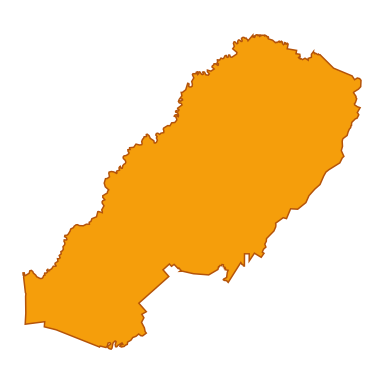 Manawatu District, Manawatu-Wanganui, New Zealand
{"feature_id": "76426892B10896556014", "entity_name": "Manawatu District", "entity_type": "district", "adm_level": 2, "iso_a3": "NZL", "parent_name": "New Zealand", "parent_adm1": "Manawatu-Wanganui", "projection": "mercator", "projection_center": [175.693, -40.12], "detail": "fine", "context": "isolated", "style": "filled", "palette": "amber", "viewbox_px": 384, "rotation_deg": 0, "n_neighbors": 0, "source": "geoboundaries", "source_scale": "gbopen_adm2", "svg_char_len": 5872}
<svg xmlns="http://www.w3.org/2000/svg" viewBox="0 0 384 384"><path d="M357.3,78.0L354.6,79.7L352.1,75.9L333.6,68.2L320.0,54.7L319.0,54.8L318.5,54.1L317.8,54.6L315.7,53.3L314.9,53.7L314.5,52.8L313.4,52.7L313.5,51.5L311.4,54.3L311.4,57.3L308.2,58.4L308.2,60.2L305.0,58.2L302.6,59.6L300.9,58.6L300.3,59.0L299.9,57.8L299.1,58.2L298.7,57.6L299.3,57.5L299.3,56.8L300.1,56.4L299.8,54.3L296.0,53.7L296.6,50.4L287.2,48.8L288.1,44.1L287.3,43.3L286.2,44.2L285.4,43.5L285.6,42.9L284.8,42.6L284.4,44.0L283.5,44.7L282.4,43.4L282.6,42.3L281.4,41.3L280.8,42.1L279.6,41.2L279.0,41.3L279.1,41.9L278.5,41.6L276.9,42.6L276.1,42.2L275.4,42.7L272.6,40.2L268.3,38.8L268.0,38.0L268.5,37.3L268.1,36.7L266.4,36.5L266.4,35.9L265.1,35.2L264.5,35.1L264.4,35.7L263.9,35.3L261.6,35.2L261.2,35.6L260.8,35.2L260.4,35.7L260.4,35.1L259.8,35.0L259.3,35.9L258.7,35.1L258.0,35.6L257.6,34.9L256.2,34.8L255.1,35.8L255.1,36.7L254.3,37.4L253.9,37.2L254.2,36.1L253.0,36.7L252.9,35.0L248.0,40.8L247.5,39.6L246.1,38.5L246.0,38.0L244.8,38.2L244.2,37.5L243.0,37.3L241.5,38.3L242.2,40.9L241.8,41.5L240.9,41.4L239.7,40.1L238.5,40.0L237.7,41.3L237.8,43.3L236.9,43.8L234.8,41.8L234.1,41.8L233.4,43.3L234.3,46.4L232.7,48.8L236.9,52.4L236.6,54.1L231.8,57.3L230.4,56.9L229.7,55.1L228.6,55.1L228.0,57.3L227.4,57.4L226.6,56.9L226.3,55.5L225.7,55.5L225.0,55.8L223.6,58.4L222.5,58.7L221.0,58.1L219.6,60.1L217.4,59.8L217.4,60.9L217.8,61.3L217.0,63.1L218.4,63.7L218.3,65.1L217.9,65.4L215.3,63.7L214.0,63.8L213.8,64.7L212.2,66.1L212.0,67.0L214.2,69.0L210.9,71.1L207.4,70.1L207.4,71.7L209.3,73.9L208.2,75.2L205.9,74.8L204.5,72.1L203.2,71.9L202.7,72.1L203.4,74.1L202.4,74.6L201.6,74.3L199.8,71.9L199.2,71.9L198.8,73.4L197.7,74.6L197.2,73.5L198.2,72.5L197.6,71.8L196.3,72.2L195.9,73.7L193.0,73.7L192.4,74.7L193.8,77.9L191.7,81.5L192.4,84.2L192.1,86.3L190.9,87.0L189.4,86.9L188.7,86.3L189.0,84.5L188.8,83.6L187.7,83.3L185.7,89.8L182.4,92.4L181.2,92.4L181.9,95.8L179.8,98.6L182.4,99.1L182.6,100.0L180.6,101.2L179.0,100.0L178.4,101.4L179.3,102.9L181.4,103.4L182.0,105.0L177.6,108.2L177.7,109.0L179.0,109.8L178.7,110.7L178.1,111.1L176.4,110.6L175.6,111.2L175.7,112.1L177.7,112.9L178.5,115.3L178.3,116.7L177.4,116.4L176.7,114.7L175.2,114.9L174.2,116.1L175.9,117.0L176.8,119.4L176.7,120.2L174.8,122.5L171.7,122.8L169.9,125.8L167.7,125.6L163.6,128.1L163.3,129.2L163.9,130.9L163.7,132.6L160.9,133.2L159.7,134.4L157.8,133.2L156.4,133.5L155.8,135.0L157.1,136.7L156.4,138.0L157.4,140.1L156.4,142.3L155.4,143.0L154.3,142.9L153.8,140.7L150.3,138.4L149.0,135.6L147.2,134.2L146.3,134.5L146.5,136.5L144.1,136.8L143.6,138.2L142.5,139.4L141.7,141.6L142.1,143.6L141.7,144.7L139.6,145.0L136.0,144.1L133.7,147.3L129.6,147.7L129.5,148.3L130.1,149.5L127.9,149.7L128.0,151.2L129.0,152.8L128.6,153.8L126.2,155.5L124.0,155.9L123.1,157.1L123.4,158.6L125.3,160.4L125.8,162.1L125.3,163.5L123.9,164.3L122.8,165.7L122.3,168.2L121.1,168.3L120.3,166.3L119.7,166.7L119.0,167.9L119.5,170.1L116.7,171.1L116.3,172.2L117.0,172.9L116.6,173.4L113.7,171.9L111.3,171.5L109.1,172.1L108.8,173.2L109.5,176.8L107.2,178.5L105.5,178.7L104.2,183.1L105.3,186.8L108.7,189.9L107.6,191.3L107.4,192.9L102.8,195.7L102.8,197.4L104.8,199.8L102.7,200.8L102.1,201.8L102.2,203.1L104.0,205.8L101.7,209.9L102.3,211.2L102.3,212.7L98.5,211.5L97.8,211.7L96.5,216.8L91.9,218.7L90.9,221.4L89.2,222.3L89.4,224.2L86.3,224.2L83.2,225.8L79.2,225.6L77.6,224.7L76.1,224.8L74.1,226.3L73.5,227.6L70.7,229.0L70.1,231.1L68.1,234.3L67.0,235.2L64.9,235.4L64.6,236.7L66.4,237.6L66.9,239.6L66.3,240.0L64.2,239.9L64.0,241.3L64.9,243.1L64.6,244.8L63.0,246.7L63.3,249.3L62.2,250.9L60.9,251.6L61.2,253.9L59.2,255.5L60.1,257.8L58.7,258.8L57.5,258.7L57.9,261.3L55.1,263.2L55.0,264.2L56.0,265.5L55.9,266.2L53.3,266.2L51.6,268.9L49.8,269.8L49.5,270.7L48.6,270.7L47.8,269.3L47.2,269.7L46.8,270.5L47.6,271.8L46.6,273.0L44.7,273.1L44.5,274.1L45.0,275.0L43.7,275.6L42.7,277.9L41.9,278.4L40.1,278.5L36.6,276.7L35.8,275.2L33.3,273.0L32.8,271.6L31.4,270.4L29.8,270.8L29.2,273.2L25.5,275.5L24.6,274.6L24.2,272.8L23.0,272.9L23.2,275.2L24.0,276.1L23.6,277.0L25.4,292.6L25.9,293.7L25.6,296.4L25.8,313.3L25.2,324.2L44.7,321.7L44.3,326.8L56.2,329.8L99.5,347.0L99.7,346.3L100.4,346.1L106.0,347.5L107.2,346.2L108.1,343.0L109.8,342.6L110.6,343.5L110.6,344.2L108.1,346.0L107.6,347.2L109.1,348.6L111.1,349.2L112.0,348.1L113.0,343.1L114.8,341.1L115.6,341.1L116.1,341.8L115.2,344.6L115.6,346.7L116.7,346.8L118.0,345.3L122.0,342.9L122.9,344.3L120.4,345.3L119.9,346.3L121.5,347.0L124.2,346.4L125.4,345.2L127.3,344.4L127.6,342.1L130.9,340.2L132.8,337.5L136.0,336.3L138.7,334.0L140.8,335.7L142.6,335.9L146.3,333.1L145.1,331.5L144.4,327.9L141.5,322.3L143.9,317.8L141.8,314.3L146.3,311.7L138.8,303.2L168.8,276.5L163.0,269.8L169.4,264.0L171.5,266.3L174.1,264.4L178.2,268.6L178.9,268.0L181.0,270.4L179.8,271.3L182.5,271.2L193.4,273.7L208.7,274.9L217.9,269.5L218.5,267.0L218.8,267.2L219.9,265.5L221.3,265.7L221.9,264.5L223.4,264.8L223.2,266.7L225.0,267.4L224.5,268.5L225.4,268.6L225.2,269.7L228.1,270.3L227.3,272.4L226.6,277.5L223.6,279.1L223.3,279.7L224.2,280.4L226.5,280.6L228.2,282.4L240.8,262.5L241.9,264.4L242.6,264.4L243.5,265.9L244.4,266.0L244.5,253.8L249.2,253.8L249.2,261.0L254.4,253.2L261.2,257.3L264.0,253.3L262.3,252.2L262.9,250.5L263.8,248.9L265.9,247.1L264.8,244.1L266.3,241.3L266.5,238.6L273.9,231.0L275.7,226.9L275.9,224.9L275.6,223.2L283.2,217.7L286.5,218.6L290.6,208.8L297.7,209.2L305.9,202.6L309.0,195.6L314.8,189.1L320.0,184.5L323.8,175.8L325.9,172.1L328.9,169.7L339.8,162.9L342.3,157.9L343.9,156.4L341.3,150.6L342.5,146.3L342.2,141.4L342.6,139.4L343.1,138.5L347.1,135.5L348.1,132.0L349.4,129.0L350.6,127.7L351.0,125.7L351.5,125.5L351.6,123.0L352.1,122.0L355.5,118.7L357.0,118.3L358.8,114.8L357.3,112.5L360.1,107.7L357.3,106.7L354.6,104.8L354.5,103.5L355.3,102.9L356.7,98.7L355.9,97.4L356.0,96.4L353.5,92.7L354.2,91.8L358.5,89.1L360.7,86.7L361.0,80.3L359.6,78.6L357.3,78.0Z" fill="#f59e0b" stroke="#b45309" stroke-width="1.5"/></svg>